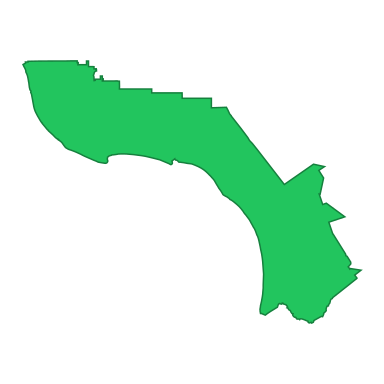 Huatabampo, Sonora, Mexico (Mercator projection)
{"feature_id": "50627088B14557669521894", "entity_name": "Huatabampo", "entity_type": "district", "adm_level": 2, "iso_a3": "MEX", "parent_name": "Mexico", "parent_adm1": "Sonora", "projection": "mercator", "projection_center": [-109.361, 26.605], "detail": "fine", "context": "isolated", "style": "filled", "palette": "green", "viewbox_px": 384, "rotation_deg": 0, "n_neighbors": 0, "source": "geoboundaries", "source_scale": "gbopen_adm2", "svg_char_len": 5629}
<svg xmlns="http://www.w3.org/2000/svg" viewBox="0 0 384 384"><path d="M356.9,278.4L357.0,278.1L354.7,275.1L361.0,270.2L350.1,268.5L349.8,269.0L349.0,267.8L348.3,267.1L348.2,266.8L348.2,266.7L348.4,266.6L348.5,266.7L348.8,266.3L349.1,265.9L350.8,263.9L350.7,262.1L347.1,256.3L345.8,255.7L345.7,254.3L344.8,252.8L333.1,234.1L332.8,234.0L328.8,222.2L344.8,216.8L326.3,203.2L322.7,204.5L319.2,194.1L320.1,194.3L323.6,178.0L318.8,170.4L324.5,166.6L313.5,164.2L284.3,184.5L257.1,149.4L252.3,143.4L249.8,140.8L249.5,140.5L247.9,137.7L247.6,137.3L241.0,128.5L231.2,116.0L231.2,115.7L229.7,114.0L227.9,110.1L226.4,107.3L211.4,107.8L211.4,98.3L182.3,98.3L182.2,98.3L182.1,92.9L167.9,92.9L167.2,92.9L151.7,92.9L151.7,89.0L119.4,89.0L119.5,86.6L119.4,81.2L117.3,81.1L117.2,80.9L114.2,81.0L107.5,81.0L102.3,81.0L102.3,79.5L103.2,79.5L103.2,78.8L102.3,78.8L102.3,76.0L100.4,76.0L100.4,79.2L95.4,79.2L95.3,80.2L94.7,80.2L94.7,80.5L94.1,80.6L93.9,77.5L94.0,77.2L93.9,77.1L93.8,76.5L93.7,76.2L93.4,75.2L93.6,75.0L94.1,73.5L94.3,72.4L95.1,71.6L95.8,71.0L96.5,71.0L96.5,69.8L96.3,68.9L95.8,69.1L95.8,68.8L94.0,68.9L94.0,66.7L92.6,66.6L88.5,66.6L88.5,61.0L86.5,61.0L86.5,64.7L77.9,64.7L78.3,62.7L78.2,62.5L77.2,62.6L77.2,60.9L72.7,60.9L70.9,60.9L65.6,61.0L55.8,61.0L38.9,61.1L28.0,61.3L28.0,62.0L25.4,62.0L25.6,63.1L23.0,64.5L24.0,66.7L25.0,68.5L25.4,69.5L25.9,71.0L25.8,71.4L25.9,72.0L26.1,72.6L26.6,73.5L27.1,74.8L27.5,76.0L27.9,77.7L28.4,80.5L28.6,81.9L28.8,82.5L29.0,84.3L29.4,87.5L30.0,89.9L30.2,90.2L30.4,90.3L30.7,90.6L30.9,91.0L30.9,91.7L30.8,91.8L30.7,92.2L30.8,92.7L31.2,93.4L31.6,94.6L31.8,95.8L32.5,99.5L32.9,101.8L33.8,106.7L34.4,109.0L35.3,111.5L36.4,113.7L37.5,115.8L40.1,120.3L41.4,122.3L41.7,122.6L42.0,122.7L42.1,123.2L42.1,123.3L46.9,129.1L47.6,129.9L48.0,130.0L48.4,130.8L52.9,134.9L55.2,137.3L56.7,138.6L57.3,138.9L57.6,139.0L57.7,138.9L58.0,139.1L57.7,139.2L57.8,139.4L58.0,139.6L58.3,139.9L59.4,140.5L60.4,141.3L61.3,142.0L61.9,142.6L63.5,144.9L64.6,146.4L65.4,147.4L66.3,148.1L66.8,148.3L67.7,148.9L68.5,149.3L69.3,149.6L70.6,150.0L73.6,151.1L76.5,152.3L81.1,154.4L82.3,155.1L84.8,156.3L94.0,160.3L96.3,161.2L98.1,162.1L100.7,162.6L103.2,163.0L105.2,163.3L105.9,163.2L106.6,163.0L106.9,162.8L107.5,162.0L107.6,161.7L107.8,161.2L107.7,160.4L107.4,159.7L107.4,159.3L107.3,159.1L107.3,158.8L107.3,158.5L107.7,157.3L107.6,157.1L108.7,156.2L109.8,155.7L111.4,155.3L111.6,155.0L112.7,154.8L112.8,154.9L114.3,154.7L115.9,154.5L117.5,154.2L118.5,154.0L121.7,153.9L123.8,153.9L126.8,154.0L128.8,154.2L133.6,154.6L138.2,155.2L141.3,155.6L144.9,156.2L146.8,156.6L153.1,158.1L159.0,159.6L159.8,159.8L163.6,161.4L169.1,163.7L169.9,164.2L170.6,164.6L170.9,164.6L171.1,164.6L171.5,164.4L172.0,164.0L172.3,163.6L172.4,163.0L172.2,161.8L172.0,161.3L171.9,161.1L174.8,158.8L174.9,159.3L175.7,160.1L176.6,160.2L177.5,160.6L178.3,161.6L178.8,162.1L179.4,162.2L180.5,162.2L181.6,162.4L183.9,162.7L187.5,163.4L191.2,163.8L192.3,164.1L195.8,165.5L196.2,165.7L198.3,166.6L201.3,168.2L203.0,169.3L204.4,170.3L206.2,171.8L208.2,173.7L209.7,175.3L210.0,175.4L210.3,175.8L210.5,176.1L210.8,176.3L210.9,176.5L211.2,176.7L211.7,177.5L212.3,178.0L213.5,179.4L214.4,180.6L215.3,182.2L216.0,183.4L216.9,185.0L217.3,185.5L218.9,188.3L220.7,190.7L222.4,193.5L222.8,194.3L223.2,194.8L223.8,195.2L225.5,196.2L226.8,196.8L228.8,198.2L229.1,198.4L230.0,199.5L231.5,200.2L233.2,201.4L236.7,204.3L239.0,206.4L240.9,208.5L241.6,209.4L243.1,211.3L244.0,212.8L244.9,214.0L245.6,214.7L249.2,219.5L250.6,221.9L250.9,222.6L251.9,224.3L253.7,227.7L253.9,227.9L254.2,228.2L255.3,230.6L256.1,232.7L256.8,234.8L257.6,236.3L258.3,238.3L258.9,240.6L260.2,246.7L260.6,249.1L261.7,254.1L262.3,258.2L262.7,261.8L263.6,274.2L263.5,276.7L263.2,285.0L263.2,288.1L263.0,290.2L262.7,294.1L262.3,296.9L261.5,301.4L260.5,305.7L260.4,306.5L260.4,307.1L260.2,307.9L260.2,308.4L260.0,309.0L260.0,309.5L260.1,310.1L260.1,311.0L260.2,312.0L260.3,312.2L260.5,313.5L260.9,313.6L261.2,313.4L265.2,315.1L265.3,315.0L265.5,315.0L267.3,313.6L270.4,311.5L277.4,307.2L277.8,306.0L277.9,305.5L278.2,304.9L278.4,304.6L278.4,304.4L278.6,304.1L279.0,303.7L279.6,303.5L279.8,303.7L280.2,303.7L280.4,303.9L281.2,304.0L281.4,304.1L281.6,304.1L281.8,304.1L282.1,303.9L282.3,303.3L282.3,303.1L282.9,303.2L283.3,303.4L283.5,303.7L283.7,304.0L283.9,304.2L284.9,304.4L285.5,304.6L285.8,304.6L286.1,304.7L286.3,305.3L286.8,305.8L287.1,305.9L287.1,306.3L287.3,306.5L287.5,306.8L287.6,307.2L287.6,307.9L287.5,307.6L287.3,307.5L287.1,307.7L287.0,307.8L287.8,308.1L288.4,308.9L288.5,309.3L289.0,309.9L289.6,310.2L290.0,310.3L290.2,310.5L290.6,311.3L291.0,312.2L291.7,313.2L291.9,313.5L292.2,313.6L292.6,313.8L293.0,313.8L292.8,314.3L292.7,314.7L292.8,315.2L293.2,316.0L293.9,316.7L294.2,317.0L294.6,317.2L295.2,317.2L295.3,317.3L295.6,317.3L295.9,317.4L296.2,318.2L296.4,318.4L296.6,318.8L297.2,319.1L297.9,319.0L298.9,319.1L299.3,319.2L299.7,319.6L299.9,319.2L300.2,318.9L300.7,318.8L301.5,318.9L302.5,319.1L304.7,319.9L305.1,320.1L306.7,320.8L307.9,321.2L308.1,321.3L308.1,322.2L308.7,322.7L309.1,322.9L309.6,322.9L310.0,322.8L310.4,322.5L310.7,322.5L310.9,322.4L310.9,322.5L311.6,323.1L312.0,322.9L312.4,322.8L312.8,322.5L313.1,322.4L313.3,322.3L313.6,321.7L313.9,320.5L321.3,316.4L322.1,316.4L322.1,316.6L322.6,316.7L323.6,314.6L323.7,313.4L323.8,313.1L324.6,312.5L325.7,311.3L326.0,311.0L326.2,310.7L326.1,308.8L326.9,306.4L327.2,306.1L327.9,306.1L328.5,305.8L328.5,305.0L328.8,304.3L329.6,303.5L329.7,303.3L329.8,302.9L330.2,301.7L330.3,300.9L330.5,300.2L330.8,299.5L331.1,299.1L331.9,298.8L332.3,298.5L332.4,298.4L332.5,298.0L332.7,297.6L356.9,278.4Z" fill="#22c55e" stroke="#15803d" stroke-width="1.5"/></svg>